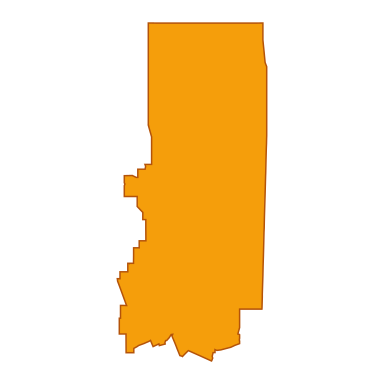 the district of Mukinbudin, Western Australia, Australia
{"feature_id": "25037944B31087465274776", "entity_name": "Mukinbudin", "entity_type": "district", "adm_level": 2, "iso_a3": "AUS", "parent_name": "Australia", "parent_adm1": "Western Australia", "projection": "natural_earth1", "projection_center": [118.269, -30.637], "detail": "fine", "context": "isolated", "style": "filled", "palette": "amber", "viewbox_px": 384, "rotation_deg": 0, "n_neighbors": 0, "source": "geoboundaries", "source_scale": "gbopen_adm2", "svg_char_len": 2322}
<svg xmlns="http://www.w3.org/2000/svg" viewBox="0 0 384 384"><path d="M119.3,318.2L119.3,326.0L119.3,334.0L126.0,334.0L126.1,352.7L133.8,352.7L133.8,348.4L134.9,347.8L137.4,346.4L138.6,345.5L144.3,343.4L146.5,342.4L148.7,341.5L150.5,340.4L152.0,344.0L153.1,346.6L158.9,343.9L159.3,345.6L165.2,344.0L164.9,342.7L165.6,340.6L166.7,340.5L169.2,337.7L171.2,334.5L172.7,334.3L172.0,336.1L174.8,342.8L176.2,346.3L176.9,348.2L179.7,355.1L179.9,355.6L180.4,355.7L180.6,355.8L182.3,356.3L182.5,356.5L184.3,354.6L187.3,351.6L188.3,350.6L189.7,351.2L195.3,353.7L200.5,356.0L203.1,357.2L209.1,359.9L211.5,361.0L211.6,360.9L212.0,360.0L212.7,358.1L212.2,356.3L213.1,352.6L215.0,352.6L215.0,349.6L216.8,350.4L220.8,349.9L229.1,347.7L230.7,347.3L232.0,346.7L233.3,346.1L235.0,345.3L238.0,344.2L239.6,343.6L239.6,341.1L239.5,340.9L239.5,340.6L239.4,340.4L239.4,339.0L239.6,338.4L239.6,334.8L239.5,334.5L237.9,334.0L238.0,333.4L239.6,327.6L239.6,309.1L261.9,309.1L262.0,307.9L262.1,304.1L262.3,297.0L262.3,294.2L262.5,287.9L262.9,275.4L263.0,270.7L263.1,265.9L263.4,256.4L263.7,244.9L264.0,232.0L264.2,227.8L264.3,222.1L264.5,214.1L265.1,194.1L265.6,175.7L265.7,173.3L266.0,160.0L266.3,148.6L266.5,143.7L266.6,138.6L266.7,135.8L266.7,118.7L266.7,101.8L266.7,66.7L265.1,62.5L264.4,55.2L264.3,54.1L262.9,40.0L262.9,27.9L262.9,23.0L256.3,23.1L249.6,23.1L244.6,23.1L241.3,23.1L234.7,23.1L228.0,23.1L223.0,23.1L219.7,23.1L214.7,23.1L211.4,23.1L204.8,23.1L198.1,23.1L191.5,23.1L188.2,23.1L183.2,23.1L176.6,23.1L169.9,23.1L163.3,23.1L156.6,23.1L151.6,23.0L148.3,23.0L148.3,36.0L148.3,73.6L148.3,106.0L148.3,124.8L148.5,125.5L148.4,125.5L151.6,136.9L151.6,149.6L151.6,152.0L151.6,164.4L145.0,164.4L145.1,164.6L145.6,166.5L145.1,169.2L140.9,169.2L137.8,169.2L137.8,177.4L136.2,177.4L132.3,175.5L124.3,175.7L124.3,182.9L124.8,183.7L124.8,184.5L124.3,185.6L124.3,196.5L130.3,196.5L134.8,196.5L137.2,196.5L137.2,206.5L142.8,212.4L142.8,219.6L145.8,219.6L145.8,227.5L145.8,228.7L145.9,240.8L139.2,240.8L139.2,247.8L133.6,247.8L133.6,255.7L133.5,263.3L129.8,263.3L129.4,263.6L129.2,263.3L127.8,263.3L127.8,271.8L120.0,271.8L120.0,278.7L119.1,278.7L118.8,278.7L117.3,278.7L117.4,279.4L117.6,281.2L119.6,286.5L121.0,290.3L123.7,297.7L126.3,304.8L126.6,305.5L120.5,305.4L120.5,318.2L119.3,318.2Z" fill="#f59e0b" stroke="#b45309" stroke-width="1.5"/></svg>